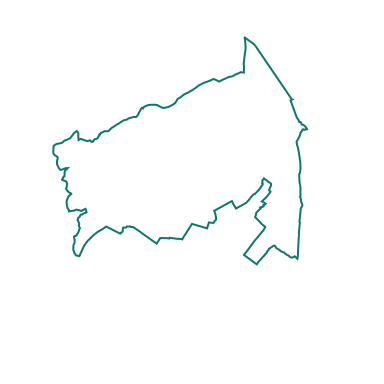 Cristian, Sibiu, Romania, rotated 331°
{"feature_id": "2599482B61474640296478", "entity_name": "Cristian", "entity_type": "district", "adm_level": 2, "iso_a3": "ROU", "parent_name": "Romania", "parent_adm1": "Sibiu", "projection": "mercator", "projection_center": [24.019, 45.778], "detail": "fine", "context": "isolated", "style": "outline", "palette": "teal", "viewbox_px": 384, "rotation_deg": 331, "n_neighbors": 0, "source": "geoboundaries", "source_scale": "gbopen_adm2", "svg_char_len": 5931}
<svg xmlns="http://www.w3.org/2000/svg" viewBox="0 0 384 384"><g transform="rotate(331 192 192)"><path d="M160.6,228.7L161.5,228.0L176.5,219.9L187.6,231.1L192.0,226.8L195.2,229.1L195.5,229.3L196.4,229.3L196.7,229.2L197.6,228.3L199.5,227.9L200.6,226.1L201.1,224.7L201.7,222.7L202.3,219.2L222.5,219.3L222.3,222.6L222.5,227.8L226.5,227.7L229.4,227.8L234.6,227.7L239.0,226.1L241.1,225.1L243.3,224.3L244.9,224.0L246.2,224.2L246.8,224.0L252.6,222.2L253.6,221.7L254.1,221.2L256.6,220.1L257.6,219.6L257.8,219.3L257.6,218.5L258.2,218.1L258.4,217.8L258.4,217.2L258.6,216.8L258.9,216.3L259.5,215.8L260.1,215.7L261.5,215.0L261.6,215.7L262.7,217.3L263.0,218.4L263.4,219.5L263.9,220.6L264.9,222.2L265.1,222.8L265.0,223.2L264.5,224.2L264.0,224.8L260.2,227.7L260.2,227.9L260.9,229.6L260.8,229.9L256.5,231.8L254.1,232.7L248.5,234.1L250.8,237.9L249.0,238.3L248.4,238.1L248.4,238.8L248.2,238.9L246.5,239.3L246.4,239.2L246.3,238.9L244.1,238.6L244.1,239.0L244.4,239.4L243.8,239.9L242.3,240.1L239.1,241.0L237.9,241.5L237.3,242.4L236.5,243.3L235.0,244.6L236.7,250.3L237.4,253.8L239.2,258.0L236.3,259.9L234.6,260.6L233.4,260.9L231.8,261.8L230.7,262.0L228.5,263.0L222.9,265.1L211.3,270.4L206.9,272.2L213.6,286.7L216.1,285.4L220.6,283.9L222.8,283.0L223.7,282.9L224.3,282.5L224.9,282.5L225.4,282.1L225.8,281.9L227.6,281.4L228.4,281.0L228.5,280.6L229.0,280.5L230.1,279.9L231.1,279.7L231.7,279.0L232.0,278.9L232.8,279.0L233.6,278.8L234.5,278.9L235.8,278.6L237.9,278.7L238.5,279.6L238.4,279.8L238.5,280.7L238.4,281.0L238.4,281.3L238.7,281.9L239.0,283.0L239.9,284.1L241.2,287.2L241.7,287.7L242.3,288.7L243.3,289.5L243.4,290.6L243.6,291.1L243.8,291.5L244.1,291.9L244.3,292.7L245.7,294.6L246.2,296.4L246.3,296.7L247.4,297.6L248.0,298.0L249.1,298.1L250.6,298.0L251.0,298.9L251.4,300.6L251.8,301.5L252.7,300.6L254.1,298.4L262.1,285.4L264.6,281.6L265.9,279.2L271.5,271.1L271.4,270.7L271.6,270.0L278.4,260.3L278.7,259.6L280.3,258.4L281.4,257.8L282.1,257.2L282.3,256.7L282.4,255.8L282.6,253.8L283.3,252.1L284.0,250.2L284.2,249.2L284.1,248.5L284.8,248.2L285.8,246.5L286.7,244.8L288.5,241.7L289.9,238.6L290.8,235.5L292.1,232.9L292.9,231.2L293.6,230.1L294.2,228.6L295.7,227.5L297.8,224.8L299.0,222.7L301.0,218.7L305.0,208.3L305.4,206.6L306.2,204.4L306.6,202.2L307.3,200.0L308.0,198.5L309.3,197.8L312.4,195.8L314.0,194.6L314.7,193.8L315.1,193.5L315.6,192.7L315.9,192.5L316.6,192.5L317.5,192.1L317.7,191.7L318.8,191.0L319.2,190.9L319.6,191.0L319.8,191.3L319.8,191.7L320.6,192.0L321.0,192.3L321.6,192.2L322.1,192.3L322.5,192.8L323.1,192.8L322.9,189.8L322.6,188.8L321.8,187.1L320.7,186.2L320.7,185.3L321.0,183.9L320.8,183.4L319.7,182.7L319.7,182.2L319.9,181.4L320.1,180.1L319.8,178.7L319.8,177.5L322.6,159.6L324.5,159.7L324.2,159.3L324.1,158.2L318.3,94.9L317.8,92.8L317.5,92.0L313.4,83.2L313.1,82.5L312.8,82.6L312.7,82.8L311.9,85.3L309.0,91.6L307.9,93.3L302.1,101.0L300.9,102.9L299.4,104.6L299.0,105.4L298.7,106.8L295.2,112.7L293.4,111.4L292.5,110.8L292.4,110.9L290.8,110.8L287.7,110.4L285.4,110.3L284.9,110.5L284.3,110.5L282.1,110.1L281.2,109.5L279.6,109.2L271.8,108.6L269.7,108.7L269.3,108.5L269.0,108.2L267.3,105.7L265.7,103.6L262.2,103.4L256.9,102.6L254.8,102.1L253.3,102.3L250.0,102.0L244.0,102.9L240.0,103.1L236.8,103.2L233.8,102.8L232.2,102.9L227.5,103.6L224.7,103.6L221.0,105.7L219.8,106.2L217.2,106.3L212.7,106.2L208.9,105.1L207.4,104.5L205.9,102.6L203.6,98.9L201.1,97.2L200.3,96.9L198.6,95.9L195.6,94.7L193.4,94.4L191.2,94.3L189.8,95.2L189.3,94.7L188.9,94.1L187.7,94.6L186.3,95.6L184.8,96.4L183.5,97.4L181.5,98.7L179.5,99.3L179.2,99.3L178.2,98.5L177.5,98.1L176.2,97.8L175.5,97.7L173.8,97.1L171.7,96.9L170.7,97.1L169.6,97.0L167.3,96.2L163.8,96.3L162.2,96.6L157.4,96.7L154.3,97.0L152.6,97.0L151.5,97.3L148.6,98.2L146.7,97.5L145.1,96.5L141.2,96.3L140.9,96.1L140.2,96.4L139.6,96.9L138.9,96.8L138.5,97.0L138.3,97.7L137.1,98.0L135.6,99.1L134.5,99.3L132.7,98.7L132.2,98.7L131.2,99.1L130.9,99.4L130.3,99.4L130.1,99.7L129.8,99.9L129.0,99.8L128.5,99.5L128.3,99.1L128.2,98.3L128.0,97.7L127.7,97.4L127.2,97.1L125.5,97.0L124.6,96.2L122.7,94.2L122.1,93.3L121.2,92.5L120.4,91.5L118.0,91.5L118.7,90.0L119.6,87.9L120.8,86.1L121.0,85.6L121.1,84.0L120.8,82.8L117.2,83.4L111.7,85.8L111.1,85.9L105.1,85.3L102.6,85.9L101.7,85.9L96.9,84.4L95.7,84.3L93.3,84.6L92.9,85.5L91.8,86.9L90.7,88.6L90.1,89.7L89.5,91.3L89.8,93.3L90.9,95.1L91.2,96.1L91.2,96.6L91.0,97.3L90.6,97.8L89.5,98.7L87.7,101.6L87.4,102.3L87.2,104.5L87.1,106.0L87.4,107.7L87.4,108.4L87.6,108.8L88.7,109.3L93.3,110.0L94.9,110.8L91.9,111.7L91.1,112.0L90.5,112.6L89.7,113.6L89.1,114.9L88.0,116.4L87.7,116.2L86.8,116.5L85.9,117.1L85.5,117.6L84.5,118.0L84.3,118.3L84.5,118.8L86.6,121.2L87.0,121.7L87.1,122.2L86.9,123.8L86.7,124.4L84.8,126.9L83.5,128.0L83.4,129.9L83.7,131.2L84.3,132.8L85.4,134.4L85.5,135.2L82.2,135.8L81.4,136.2L78.2,138.9L77.0,140.6L76.8,141.5L76.0,143.2L75.8,144.4L75.3,145.8L75.3,146.5L75.6,148.1L75.4,149.0L75.1,149.3L75.9,149.5L76.9,150.1L80.2,151.1L82.5,151.4L83.3,152.1L86.1,155.0L87.0,154.8L89.0,155.0L90.6,155.0L90.7,155.9L90.6,156.4L89.9,158.6L86.5,158.2L85.1,158.5L84.7,158.4L84.1,157.9L83.5,157.9L82.9,158.2L81.8,159.2L79.9,159.4L79.7,159.6L79.5,160.1L78.5,160.7L78.3,161.2L78.2,164.4L77.6,165.7L76.7,166.5L76.6,166.8L76.5,167.4L76.6,168.6L76.4,169.3L75.1,170.3L73.6,171.7L72.4,172.6L71.5,172.9L70.3,173.8L69.7,174.0L67.2,173.7L66.0,177.2L64.7,179.4L62.4,181.2L60.0,185.3L60.0,186.5L59.6,188.0L59.5,188.6L59.8,189.7L59.7,190.9L59.9,191.3L60.2,191.7L61.1,192.2L61.8,193.1L62.4,193.5L71.1,187.0L74.6,185.2L77.2,184.1L85.0,182.0L90.4,181.1L96.0,181.1L100.2,180.6L105.6,188.5L105.9,189.1L109.0,193.6L109.5,193.3L110.0,193.2L111.0,193.3L111.8,193.1L112.3,192.7L113.0,191.9L113.9,190.2L114.7,189.8L117.0,191.1L118.4,190.6L119.4,191.3L120.4,191.8L121.2,192.0L122.1,193.4L123.6,194.1L126.5,200.0L127.1,201.0L129.0,205.4L130.6,208.5L136.0,220.0L141.9,216.9L146.5,219.5L149.0,221.1L149.4,221.6L150.2,221.1L156.2,225.7L156.4,225.7L160.2,228.2L160.6,228.7Z" fill="none" stroke="#0f766e" stroke-width="2"/></g></svg>